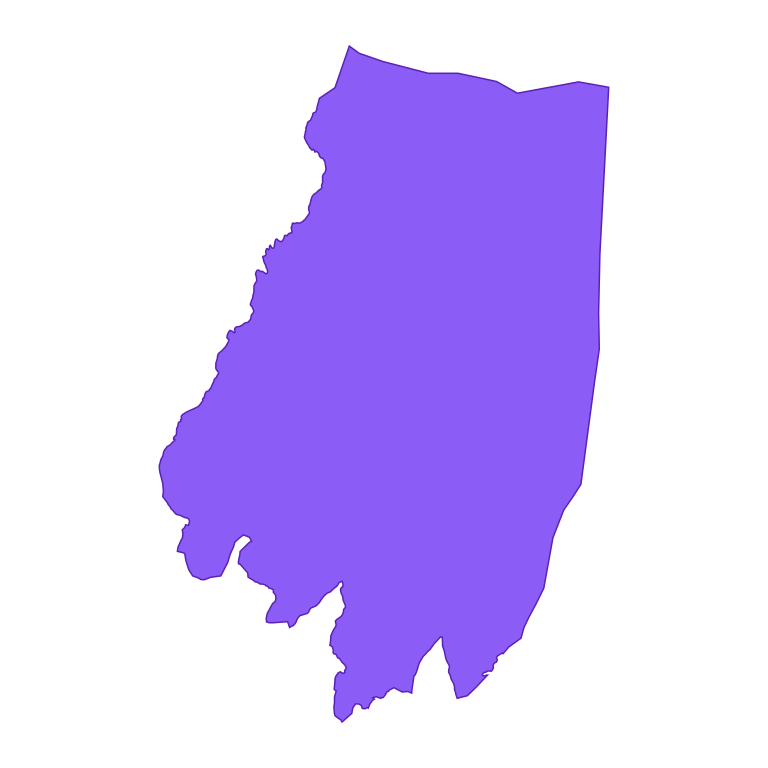 the district of Upper Manya, Eastern, Ghana
{"feature_id": "2480657B72113427832631", "entity_name": "Upper Manya", "entity_type": "district", "adm_level": 2, "iso_a3": "GHA", "parent_name": "Ghana", "parent_adm1": "Eastern", "projection": "equal_earth", "projection_center": [-0.205, 6.384], "detail": "fine", "context": "isolated", "style": "filled", "palette": "violet", "viewbox_px": 768, "rotation_deg": 0, "n_neighbors": 0, "source": "geoboundaries", "source_scale": "gbopen_adm2", "svg_char_len": 6120}
<svg xmlns="http://www.w3.org/2000/svg" viewBox="0 0 768 768"><path d="M496.5,81.5L458.1,73.3L428.3,73.3L382.4,61.4L359.2,53.3L349.3,46.1L335.0,87.7L319.4,98.3L316.9,107.9L316.9,109.2L316.4,110.0L316.3,111.1L315.1,112.4L313.6,112.8L313.0,113.4L312.7,114.5L312.8,115.0L310.7,119.8L310.2,120.6L308.3,121.6L307.4,123.1L307.3,124.0L305.8,128.2L306.1,129.8L305.4,131.4L305.4,132.5L304.5,136.4L304.4,137.6L306.8,142.8L309.0,146.0L309.6,147.8L310.3,148.0L310.7,148.7L311.2,148.9L311.5,149.8L311.7,150.0L312.2,150.0L312.9,149.3L313.7,150.2L314.5,150.4L314.8,150.9L314.8,151.9L316.8,151.6L317.9,152.4L319.0,153.9L319.1,155.4L320.4,157.4L321.7,158.2L322.9,158.4L324.9,161.7L326.0,169.0L325.4,171.5L324.8,172.8L323.4,174.2L322.5,176.4L322.6,179.9L322.4,180.6L322.9,181.6L321.6,185.2L321.7,187.7L320.9,189.0L318.8,190.2L316.3,192.7L313.6,194.6L312.1,196.6L311.1,199.4L309.9,204.7L309.0,205.8L308.8,206.7L308.6,208.9L309.4,212.2L309.3,213.4L305.0,219.5L303.5,220.6L303.0,221.4L299.2,223.4L298.3,222.9L296.3,222.9L294.3,223.6L293.1,223.0L292.8,223.1L292.3,223.7L291.9,226.1L291.2,227.4L292.0,231.9L291.6,232.9L290.6,232.9L288.7,233.6L287.0,235.7L285.0,235.3L284.4,235.9L284.1,237.9L282.6,240.6L281.5,241.7L279.0,241.0L276.8,239.0L275.7,239.5L274.9,241.9L274.2,246.7L273.7,248.0L273.4,248.2L272.3,248.2L271.8,247.7L270.3,245.3L269.6,245.9L269.3,248.4L268.6,249.8L267.3,248.7L266.4,248.9L265.6,251.8L266.1,253.8L266.1,254.5L265.0,255.9L262.9,256.4L262.7,256.8L264.2,262.5L265.9,265.7L266.2,267.7L267.1,269.0L267.6,271.6L267.5,272.4L267.1,273.3L266.1,273.9L262.3,271.3L260.8,271.6L258.6,270.1L257.7,270.1L256.8,270.6L255.9,272.5L255.5,274.2L256.1,275.9L256.7,279.5L256.5,281.4L255.4,282.9L254.1,285.5L253.8,292.9L253.1,294.8L252.6,298.3L251.5,300.4L251.0,302.4L250.3,304.1L250.7,305.5L251.9,306.4L253.7,310.7L253.4,312.5L252.7,313.6L251.9,314.2L251.2,315.6L250.7,319.1L248.2,322.1L244.2,323.3L242.8,324.7L239.8,326.4L236.0,327.0L234.8,328.5L234.6,329.5L234.6,330.4L235.1,331.7L235.0,332.4L233.9,332.6L232.5,331.4L230.1,330.4L229.0,331.4L227.4,334.7L226.9,337.8L229.0,339.7L228.3,342.0L225.6,346.7L221.7,350.9L219.1,352.9L218.0,354.4L217.5,356.3L217.3,358.6L215.9,363.0L215.8,367.9L216.1,369.2L218.3,372.3L218.6,373.7L217.7,374.6L216.3,377.4L214.3,379.3L214.1,380.5L210.6,388.5L209.9,388.9L209.1,390.4L207.5,391.3L206.5,391.5L205.6,392.6L204.4,395.8L204.6,397.3L203.5,397.8L202.6,399.1L202.9,400.3L202.8,400.8L199.1,405.7L196.9,407.3L186.7,411.9L182.5,414.6L181.5,415.9L181.3,416.5L181.4,419.2L180.6,419.7L180.9,421.1L180.3,421.6L179.0,422.0L178.3,423.1L177.8,426.0L176.9,428.1L176.6,429.5L176.4,434.6L173.8,437.3L173.5,438.2L173.7,439.3L174.7,439.4L174.9,439.8L174.6,440.6L173.3,441.5L169.5,445.4L167.1,446.6L165.7,448.7L164.7,449.7L163.6,452.2L162.9,455.8L161.0,459.3L159.8,463.9L159.3,465.3L159.4,468.7L159.9,472.3L162.7,483.1L163.4,490.8L162.8,496.7L167.3,502.6L168.3,504.7L169.7,506.2L171.0,508.7L172.9,510.5L175.5,513.7L176.9,514.6L179.4,515.0L184.8,517.6L186.0,517.7L187.7,518.3L188.6,519.0L189.6,521.0L188.5,525.3L185.6,524.8L184.7,527.5L182.3,529.7L182.9,534.4L182.3,538.4L181.3,539.7L178.0,547.2L177.4,551.4L182.4,552.5L184.4,553.3L184.9,554.4L185.8,560.2L188.4,568.7L189.5,571.0L192.7,575.9L197.9,577.8L201.1,579.6L204.5,579.7L210.7,577.3L220.8,575.9L227.7,562.5L230.3,553.9L233.5,546.9L234.8,542.3L238.6,538.7L243.4,534.9L249.5,537.3L251.6,541.5L249.5,542.2L240.1,551.5L239.9,554.2L238.4,561.6L238.5,563.5L239.0,564.1L240.0,564.1L247.7,572.9L248.1,577.2L253.6,580.4L254.6,581.6L257.6,582.4L260.1,584.0L262.7,584.1L264.7,584.7L265.3,584.9L266.0,585.9L267.5,586.2L268.2,586.8L268.4,587.4L269.0,588.1L272.1,589.0L273.4,589.9L273.3,592.3L275.6,595.1L275.9,598.0L275.7,599.8L275.1,601.5L272.6,603.6L267.3,613.3L266.2,618.2L266.5,621.9L269.1,622.7L272.5,622.8L287.6,621.7L289.6,627.5L291.7,626.2L293.0,625.8L294.9,623.9L295.9,622.3L297.0,619.6L298.1,617.7L299.8,615.7L307.3,613.4L308.8,611.8L309.9,609.2L311.0,608.0L316.2,605.8L319.2,602.8L322.3,598.1L324.6,595.3L327.1,593.2L330.6,591.7L332.9,589.3L336.8,586.2L337.7,585.1L338.7,583.0L340.3,582.0L342.1,581.4L343.1,584.4L342.5,587.2L341.5,587.4L341.1,588.0L340.5,589.2L340.5,590.0L341.1,592.9L342.8,596.9L343.1,600.1L345.3,605.2L345.4,607.5L343.9,609.0L343.5,610.2L343.4,612.1L342.6,614.3L341.3,616.3L336.4,619.8L335.7,620.6L335.4,621.6L336.0,623.9L336.0,625.5L335.7,626.5L333.3,630.2L330.9,635.7L330.6,640.6L329.9,645.4L331.3,646.0L332.4,647.1L333.2,649.8L333.3,650.6L333.1,652.5L333.4,653.3L333.9,653.8L335.9,654.3L336.2,654.6L337.4,657.3L338.1,658.1L339.7,658.7L342.0,662.2L344.7,664.8L346.4,667.8L344.7,670.5L344.8,672.7L343.0,673.3L340.2,671.8L338.2,672.8L336.0,676.0L335.0,678.5L334.9,682.2L334.2,689.1L334.3,689.6L336.2,691.0L334.5,696.8L334.5,702.8L333.9,706.8L334.4,713.3L335.0,715.7L338.8,718.6L340.9,719.9L341.8,721.9L342.2,721.9L351.8,713.4L352.8,707.9L355.6,703.9L358.9,704.0L361.3,705.5L362.3,708.4L364.9,708.8L367.2,707.6L368.2,708.2L370.1,703.5L371.5,702.0L372.2,700.6L374.4,699.1L372.7,697.8L376.1,696.7L380.8,698.4L382.1,697.4L383.1,697.6L385.7,694.3L386.1,693.2L386.9,692.0L388.6,691.2L388.9,690.3L394.0,687.7L402.2,692.0L407.8,691.5L411.7,693.1L412.1,688.5L413.9,676.3L415.3,674.7L416.2,672.5L417.6,668.6L418.3,665.7L419.6,662.3L422.9,656.8L424.0,655.5L425.5,654.1L428.0,651.2L429.9,649.7L434.5,643.3L440.6,636.9L442.3,637.3L442.6,646.0L444.3,651.1L445.9,658.7L446.8,661.1L449.4,665.9L449.4,667.2L448.8,669.4L448.6,672.1L450.2,675.4L451.3,679.4L453.3,682.8L453.8,684.1L454.5,686.9L454.5,689.1L455.4,692.0L455.9,694.5L457.2,698.3L467.4,695.7L476.7,686.6L487.5,675.1L486.2,675.1L485.1,675.8L483.1,675.8L482.5,675.4L482.6,674.1L483.2,673.2L484.6,672.3L485.8,672.2L487.9,670.9L491.3,671.2L492.3,670.0L493.2,668.5L493.4,667.4L493.1,665.6L493.4,664.5L494.0,663.6L495.1,662.6L496.3,662.1L496.9,661.2L497.2,660.2L497.1,659.1L496.6,658.0L496.8,656.9L497.3,656.1L501.6,653.3L502.4,653.0L503.0,653.7L508.8,647.0L521.0,638.2L523.9,627.7L528.8,617.4L536.3,603.4L543.8,588.2L552.9,537.8L563.7,510.1L573.1,496.5L580.9,484.3L594.6,381.4L599.3,348.9L598.6,313.2L599.9,253.8L608.7,87.3L578.5,81.9L517.4,93.2L496.5,81.5Z" fill="#8b5cf6" stroke="#5b21b6" stroke-width="1.5"/></svg>